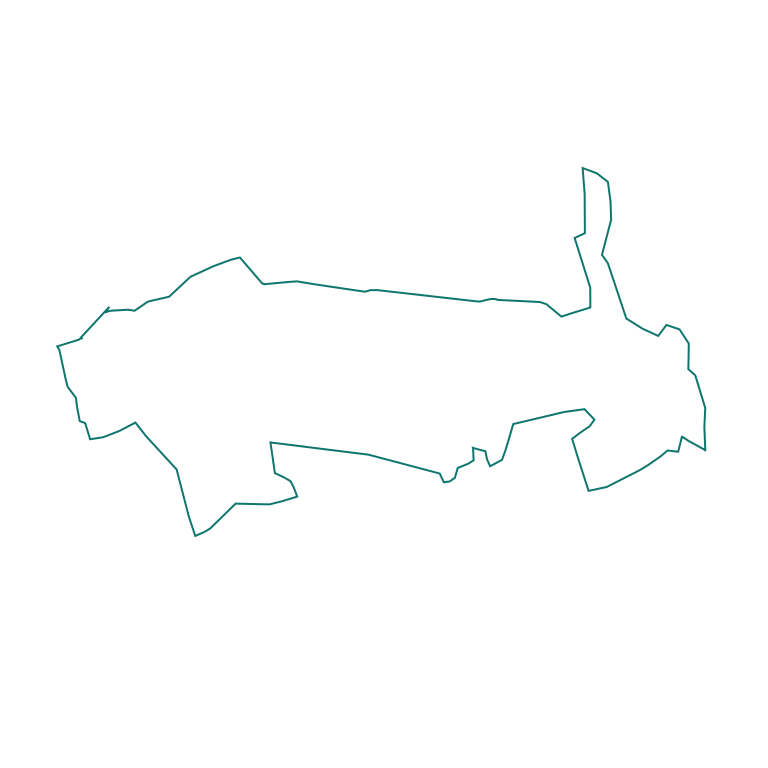 outline of Magtymguly, Balkan, Turkmenistan, rotated 253°
{"feature_id": "10190150B5540422332593", "entity_name": "Magtymguly", "entity_type": "district", "adm_level": 2, "iso_a3": "TKM", "parent_name": "Turkmenistan", "parent_adm1": "Balkan", "projection": "natural_earth1", "projection_center": [56.485, 39.153], "detail": "fine", "context": "isolated", "style": "outline", "palette": "teal", "viewbox_px": 768, "rotation_deg": 253, "n_neighbors": 0, "source": "geoboundaries", "source_scale": "gbopen_adm2", "svg_char_len": 1857}
<svg xmlns="http://www.w3.org/2000/svg" viewBox="0 0 768 768"><g transform="rotate(253 384 384)"><path d="M245.6,653.6L246.1,654.0L240.3,658.8L227.4,671.4L226.0,671.7L249.3,677.8L267.1,684.2L301.2,684.2L309.3,679.4L319.0,682.6L333.6,687.3L349.8,682.6L357.9,671.4L349.8,660.3L361.1,647.6L375.7,634.9L434.0,633.4L443.8,630.2L474.6,649.2L492.4,654.0L511.8,657.2L523.2,649.2L532.4,637.1L506.9,631.4L469.5,620.2L467.9,609.0L415.8,609.4L397.2,603.8L397.2,603.3L396.8,603.2L396.8,583.2L396.6,573.5L396.8,573.3L396.8,573.2L412.8,562.7L416.9,556.9L431.3,517.0L432.4,516.0L433.9,511.7L434.4,507.3L434.8,499.7L435.5,498.1L435.6,497.5L475.8,404.9L477.7,398.6L477.8,392.8L486.8,373.8L500.3,345.4L507.5,331.0L507.6,330.7L509.3,323.5L514.4,298.7L515.1,298.3L515.4,297.1L547.1,283.2L547.6,273.7L546.5,255.2L543.2,230.6L542.6,229.2L530.3,204.0L531.7,184.2L531.7,181.9L527.0,166.9L529.9,160.9L534.0,144.0L534.1,138.7L538.1,143.9L517.2,108.0L516.1,108.3L516.1,108.0L516.1,106.2L515.6,105.2L515.5,82.5L511.4,83.5L480.6,80.9L474.0,80.7L473.4,80.8L460.9,85.3L451.3,83.7L437.4,82.2L434.3,86.5L433.8,86.5L433.6,86.8L417.1,86.8L415.2,99.7L416.4,116.8L419.8,135.0L403.9,141.1L362.9,160.7L314.5,158.6L293.9,159.1L294.9,168.4L296.5,175.2L302.2,186.3L309.3,200.0L312.9,206.9L313.0,207.1L302.4,239.1L301.7,251.6L301.7,268.1L311.9,267.4L318.4,266.2L324.0,261.0L329.9,254.5L330.7,253.6L347.4,256.2L361.3,258.3L320.9,348.6L282.1,411.1L272.5,412.5L271.6,418.3L273.6,424.4L282.1,429.9L282.2,430.6L283.1,440.9L284.8,447.4L296.6,450.4L296.9,450.4L291.9,458.2L290.1,461.3L281.8,460.5L274.3,461.4L277.0,474.7L284.7,480.5L295.6,487.8L307.9,495.9L304.6,547.9L301.3,568.4L288.4,574.8L283.5,568.4L280.2,557.8L276.6,547.9L256.0,547.9L222.0,548.4L220.4,566.9L226.8,603.2L229.3,613.0L233.9,627.3L237.5,635.7L233.2,645.5L246.0,653.2L245.6,653.6Z" fill="none" stroke="#0f766e" stroke-width="2"/></g></svg>